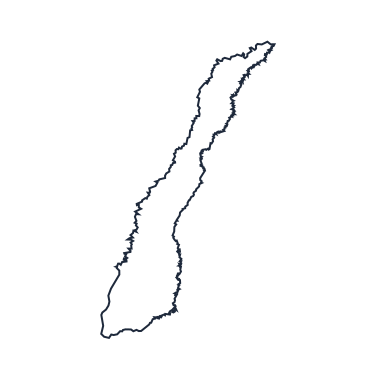 Hato Corozal, Casanare, Colombia (Robinson projection), rotated 299°
{"feature_id": "7082276B62736204649279", "entity_name": "Hato Corozal", "entity_type": "district", "adm_level": 2, "iso_a3": "COL", "parent_name": "Colombia", "parent_adm1": "Casanare", "projection": "robinson", "projection_center": [-70.999, 6.057], "detail": "fine", "context": "isolated", "style": "outline", "palette": "slate", "viewbox_px": 384, "rotation_deg": 299, "n_neighbors": 0, "source": "geoboundaries", "source_scale": "gbopen_adm2", "svg_char_len": 6069}
<svg xmlns="http://www.w3.org/2000/svg" viewBox="0 0 384 384"><g transform="rotate(299 192 192)"><path d="M237.1,161.9L231.2,163.8L230.5,161.9L228.6,162.5L226.9,161.2L225.0,161.8L224.4,161.1L224.5,159.1L222.8,159.3L222.2,157.9L220.5,157.4L218.5,158.7L216.7,157.7L214.9,160.0L210.5,159.9L210.2,162.5L209.5,163.0L208.0,161.3L206.1,161.6L205.1,160.5L203.6,161.3L201.1,160.8L199.0,162.3L195.8,160.5L193.3,160.5L191.2,161.7L187.2,157.3L185.6,157.2L183.5,155.1L183.4,157.2L179.6,157.2L174.5,152.8L171.8,155.3L170.8,155.3L170.0,153.6L168.6,156.2L166.3,155.3L164.3,155.7L164.0,154.1L160.5,152.4L159.4,153.0L154.8,149.4L153.8,150.2L155.3,151.5L152.7,153.0L152.6,155.6L147.3,151.8L146.6,156.0L145.6,153.8L142.6,154.1L139.8,157.4L137.3,156.8L137.5,158.9L135.6,159.1L134.7,161.7L132.2,161.7L131.0,160.6L130.2,162.4L129.8,159.5L127.5,160.3L124.5,159.1L123.5,162.4L121.3,159.7L119.2,158.7L120.7,161.6L120.6,164.2L118.0,162.8L117.1,164.7L115.8,164.7L113.2,166.6L111.7,163.9L110.7,166.8L109.7,167.2L105.7,162.3L105.2,162.9L106.1,164.6L103.2,164.7L102.9,167.3L101.7,166.7L100.9,164.7L99.7,165.1L100.4,167.8L99.5,168.4L96.8,164.8L93.8,165.0L94.1,163.0L93.5,162.1L90.8,162.5L89.8,161.7L90.0,162.8L89.0,163.1L88.0,166.5L84.5,168.5L68.2,168.0L60.8,169.1L56.1,172.9L52.2,174.0L47.5,173.8L43.1,172.0L40.5,172.3L31.9,179.2L23.9,181.4L22.8,185.3L24.1,190.1L28.2,190.5L28.9,192.8L31.3,195.6L35.4,196.6L36.3,198.5L37.8,198.5L39.6,200.4L42.2,205.3L41.8,208.2L44.5,210.3L44.6,212.9L45.8,214.9L55.4,218.8L57.2,218.7L57.9,219.7L61.7,219.3L63.2,220.9L64.0,219.9L64.5,222.2L64.7,220.8L65.5,222.5L66.8,222.0L65.0,223.3L65.3,224.5L67.5,224.0L67.4,225.7L68.4,225.8L68.8,225.0L71.2,226.9L71.1,228.1L72.4,227.7L74.1,232.1L75.4,231.7L75.2,230.6L76.8,230.5L79.4,231.9L79.6,232.7L77.5,233.1L77.7,234.2L78.9,234.8L79.1,233.5L79.9,234.5L81.6,233.9L81.4,235.3L82.4,234.0L81.7,232.4L84.2,233.0L84.8,232.0L84.1,230.7L85.4,229.2L87.1,230.1L89.2,229.6L90.1,228.5L94.7,228.5L93.9,227.2L94.9,227.0L95.4,227.8L95.0,226.0L96.6,226.9L96.8,227.9L99.4,227.6L98.7,226.1L101.1,228.1L101.2,226.3L103.8,225.9L104.0,225.2L104.6,225.8L105.0,225.0L106.6,225.8L109.1,224.2L108.6,222.9L109.5,222.7L108.8,221.7L109.6,220.0L110.2,220.6L110.9,220.0L111.1,220.8L111.1,219.7L113.2,219.3L113.0,220.1L114.1,219.8L114.1,220.8L117.1,220.9L118.4,219.4L121.0,218.6L120.5,218.0L121.4,217.1L121.1,216.2L122.0,216.7L122.5,216.1L122.4,217.4L123.6,217.4L123.8,216.5L124.6,216.9L125.1,215.8L126.1,216.0L125.7,214.9L128.3,215.2L128.9,212.6L131.6,211.9L131.0,211.1L132.0,210.5L132.8,207.9L133.5,208.0L134.1,210.3L135.9,209.0L135.2,207.9L136.0,206.7L139.5,206.2L139.4,204.3L140.2,204.4L142.1,202.2L141.2,201.6L141.8,199.9L142.9,197.8L144.2,197.9L144.5,196.1L148.8,195.6L152.9,193.5L156.0,193.9L156.2,192.1L159.4,192.3L159.8,193.1L160.3,192.2L165.5,192.6L168.3,191.5L171.9,192.6L172.5,192.0L174.5,193.9L175.9,193.2L178.6,194.5L180.3,193.4L183.3,193.3L183.7,193.9L187.4,193.7L189.0,195.0L190.6,195.0L191.7,193.8L192.9,193.8L195.1,194.9L196.3,194.3L200.3,195.5L202.5,194.6L204.7,196.2L204.6,195.3L206.1,195.2L206.4,193.5L208.1,192.4L216.3,192.9L216.7,192.1L217.2,192.8L218.4,191.6L218.3,190.3L219.2,190.2L219.1,187.2L220.2,187.7L220.1,186.4L221.4,186.8L224.0,183.8L224.9,184.3L225.5,183.1L226.2,184.1L226.9,183.1L227.6,183.5L227.6,182.3L229.2,180.8L230.4,181.8L230.5,180.7L231.5,181.2L231.4,180.6L232.7,180.4L233.0,181.7L234.1,180.9L236.0,183.2L235.8,184.0L237.7,185.0L237.2,186.0L238.0,186.5L243.7,184.5L243.9,185.6L246.6,185.8L248.1,184.5L250.2,185.0L250.7,183.5L251.9,184.1L252.7,183.1L253.2,183.8L254.4,183.6L254.4,185.0L254.9,184.3L256.8,185.1L256.4,186.1L257.9,186.3L257.4,187.5L259.0,187.9L258.8,188.6L261.0,190.7L261.5,189.1L263.0,189.9L264.3,189.2L264.8,190.0L266.0,189.2L266.5,190.4L268.1,190.2L268.4,188.9L269.2,189.5L271.4,188.8L272.0,189.6L274.2,189.8L275.0,188.5L276.4,189.6L277.5,189.3L277.5,190.7L278.7,189.9L279.1,190.8L280.0,189.9L280.7,191.4L281.0,190.1L282.1,190.2L281.9,189.2L283.3,189.6L283.6,188.3L283.9,189.2L284.4,188.1L283.8,186.7L286.4,187.8L286.8,186.0L287.8,186.7L287.7,185.5L289.6,185.4L288.8,183.6L290.2,184.0L291.1,183.4L292.0,184.1L292.0,181.5L293.3,179.9L296.7,180.9L295.4,181.7L296.7,182.3L296.8,181.4L297.7,183.5L298.7,183.8L300.1,181.8L301.3,183.3L303.2,182.2L303.1,183.4L305.9,182.8L307.2,183.5L310.1,183.0L310.2,181.7L310.8,181.9L310.4,181.2L311.4,182.2L311.6,180.7L312.6,182.3L312.4,180.9L313.5,181.3L313.0,182.6L314.2,181.6L313.9,182.7L314.7,182.6L314.4,182.0L315.4,181.6L315.8,182.7L316.4,181.3L317.5,182.1L318.2,181.2L317.7,182.1L318.2,182.3L319.3,180.5L320.0,181.2L319.3,181.8L321.0,183.1L320.2,183.7L321.4,183.4L320.7,184.6L322.5,183.7L323.0,184.6L323.5,182.6L323.6,183.3L324.4,183.1L324.0,184.0L324.8,182.2L325.3,183.2L326.3,182.2L326.5,183.2L326.6,181.8L327.8,182.1L329.7,183.1L328.9,184.1L330.5,184.6L330.9,185.5L331.9,185.5L331.6,184.2L332.3,184.0L332.6,185.1L333.4,184.7L334.5,186.7L335.8,186.7L336.0,188.4L337.2,186.8L338.2,188.6L340.0,188.4L341.9,190.7L341.9,192.2L342.8,191.1L343.5,192.1L344.1,190.6L346.1,191.4L347.1,190.5L347.0,189.4L348.1,189.0L348.7,190.7L350.2,190.0L351.1,191.7L352.6,191.4L352.1,192.1L352.9,192.0L353.0,190.9L353.9,191.9L353.8,190.4L356.0,192.2L356.4,191.3L357.3,191.4L357.9,192.5L357.7,191.4L358.3,190.5L358.0,191.5L359.3,192.6L361.2,192.5L359.3,189.2L360.0,185.1L354.9,181.5L353.2,177.5L351.1,176.9L348.5,178.5L346.7,178.0L347.1,173.8L345.9,172.8L344.0,175.8L339.7,173.5L337.3,174.7L334.8,173.5L335.1,171.7L337.7,170.9L338.1,169.5L335.0,169.4L334.1,164.8L331.8,163.7L329.3,160.8L326.5,161.0L325.2,155.6L323.4,154.3L321.3,154.8L320.4,153.6L320.3,149.7L318.8,149.6L317.1,152.9L313.5,149.9L312.0,151.3L309.7,150.4L308.9,151.3L307.8,150.5L307.1,151.6L304.8,151.5L302.2,153.8L299.2,151.7L297.8,153.1L296.3,151.3L296.0,152.7L294.2,152.8L294.3,151.2L293.1,150.3L285.2,148.7L283.5,150.4L277.4,150.7L277.4,153.0L270.3,155.3L269.2,158.1L266.6,158.2L263.9,160.8L261.9,161.5L260.6,158.9L258.6,160.1L257.7,158.6L255.4,159.8L254.3,158.1L253.4,160.0L249.6,159.8L248.5,160.9L247.3,160.7L246.3,162.0L245.0,160.5L238.8,163.2L237.1,161.9Z" fill="none" stroke="#1e293b" stroke-width="2"/></g></svg>